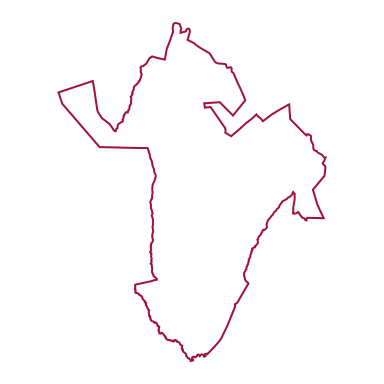 outline of Narok North, Rift Valley, Kenya
{"feature_id": "3690345B19794245895997", "entity_name": "Narok North", "entity_type": "district", "adm_level": 2, "iso_a3": "KEN", "parent_name": "Kenya", "parent_adm1": "Rift Valley", "projection": "robinson", "projection_center": [35.859, -0.842], "detail": "fine", "context": "isolated", "style": "outline", "palette": "rose", "viewbox_px": 384, "rotation_deg": 0, "n_neighbors": 0, "source": "geoboundaries", "source_scale": "gbopen_adm2", "svg_char_len": 6026}
<svg xmlns="http://www.w3.org/2000/svg" viewBox="0 0 384 384"><path d="M289.2,104.4L287.6,105.1L285.8,106.3L280.5,109.2L271.9,114.4L262.9,121.2L261.0,118.8L257.3,115.7L256.4,114.4L252.0,118.6L246.8,122.5L238.1,130.4L231.2,136.2L225.3,132.7L225.6,129.9L224.9,127.7L210.6,107.1L204.9,107.6L204.2,103.3L219.7,102.2L233.0,115.5L245.3,100.3L243.2,94.9L239.5,86.6L237.7,83.0L233.5,73.1L232.0,72.0L231.7,71.0L231.5,69.3L231.7,68.3L230.6,67.2L227.9,67.9L227.1,67.7L226.5,66.8L225.9,64.5L224.9,64.0L217.9,63.4L215.2,62.2L211.5,56.4L211.2,55.5L210.3,54.6L209.4,53.2L199.5,47.4L195.3,44.4L194.3,43.3L187.6,39.9L190.0,31.4L189.2,28.9L187.4,28.7L186.6,29.5L185.9,31.4L180.6,32.8L180.6,31.4L181.2,28.4L179.6,24.0L176.8,23.2L175.4,23.0L173.8,23.6L173.3,24.8L172.6,28.4L173.1,31.0L173.0,32.0L169.8,41.1L166.7,49.1L164.8,59.6L156.6,57.8L152.1,56.4L150.5,57.7L149.8,57.8L147.9,60.7L147.2,62.3L145.7,64.2L144.2,65.1L143.4,66.0L141.0,66.5L140.8,66.8L140.5,67.9L140.8,68.9L140.8,72.2L141.4,73.8L141.8,74.2L141.2,75.7L141.1,77.0L140.2,78.9L139.8,80.5L138.7,81.2L138.6,82.2L138.0,83.0L136.5,84.3L135.7,85.4L134.6,85.8L133.8,87.6L133.8,89.0L132.2,92.5L132.5,93.0L132.2,93.2L132.4,94.2L131.2,96.4L130.7,96.6L130.8,97.2L131.4,98.6L131.0,100.6L131.1,103.6L130.0,105.3L129.4,106.9L129.4,109.2L128.2,110.3L128.0,111.8L127.7,112.5L126.9,112.1L125.8,112.3L125.0,113.9L124.6,114.1L124.2,114.8L124.2,115.7L123.4,116.1L123.6,117.2L123.4,118.4L122.5,119.8L122.9,120.5L122.7,121.4L122.5,121.7L120.9,122.3L119.5,123.4L118.6,123.8L117.8,125.2L117.4,128.3L116.6,128.6L116.0,129.5L115.7,131.2L115.3,131.3L114.0,130.6L112.0,127.3L109.0,123.5L101.8,118.1L97.7,111.6L97.1,109.0L94.3,89.7L92.8,81.0L58.5,92.4L62.3,103.8L99.6,147.1L144.1,148.1L147.2,147.9L147.9,148.4L148.3,150.4L148.8,151.2L148.8,152.5L149.7,153.9L149.8,155.8L150.4,158.4L151.3,160.0L152.2,163.0L152.5,165.5L154.0,169.3L154.3,172.2L155.3,174.0L155.8,175.9L155.5,177.7L154.9,178.6L154.6,180.5L153.0,183.9L152.5,185.4L152.5,186.4L152.3,186.8L152.3,191.0L152.7,192.2L152.1,195.2L152.1,198.6L151.7,198.8L151.1,199.8L150.2,202.4L150.8,203.9L151.0,205.7L150.8,206.9L151.1,208.7L151.8,210.3L152.6,213.3L151.7,215.7L152.7,218.2L153.1,221.8L153.0,224.8L152.5,226.6L153.2,231.1L152.1,235.4L152.5,236.1L152.2,237.0L152.8,239.4L152.9,240.8L152.2,242.5L151.3,243.2L150.8,245.5L151.0,245.8L151.0,246.9L150.6,247.6L151.2,249.7L150.6,251.7L150.1,252.0L150.5,252.7L151.4,253.2L151.4,253.8L151.1,254.1L151.4,255.3L151.0,256.6L151.7,258.5L151.2,260.7L151.7,261.3L151.2,262.6L151.4,263.5L150.8,263.8L151.6,264.7L152.0,266.1L151.9,267.5L152.2,268.5L151.9,272.0L152.6,273.0L152.8,274.4L153.6,275.1L153.6,276.2L154.7,277.1L155.3,277.3L156.3,278.3L157.0,279.6L156.6,279.9L154.5,280.1L151.6,281.1L135.4,284.6L135.2,284.8L135.1,285.4L135.3,288.6L135.0,288.8L135.0,289.3L135.4,289.6L135.7,291.0L135.4,291.4L135.3,292.5L136.2,293.1L136.6,293.0L138.3,293.5L139.4,294.9L139.8,294.9L141.0,296.0L141.4,296.0L142.1,296.9L142.3,297.3L142.3,298.2L143.0,299.4L143.5,299.7L144.5,301.1L144.9,301.2L144.8,302.4L145.7,302.5L146.2,303.0L145.9,304.1L146.0,304.6L145.8,305.0L146.4,305.6L148.5,310.1L148.8,309.9L149.1,310.1L148.7,312.5L149.1,313.8L149.0,315.5L150.2,316.2L150.2,316.9L149.8,316.7L149.6,317.1L150.7,318.7L150.8,319.2L150.5,319.5L151.2,320.7L154.2,322.0L154.2,322.6L154.6,322.9L155.5,322.6L156.4,322.8L156.8,324.0L157.6,325.1L157.5,326.0L157.8,326.3L158.6,326.2L159.3,326.8L158.7,328.4L159.1,329.6L158.4,330.3L158.6,331.1L159.4,332.0L159.3,333.3L159.9,333.2L160.7,333.6L161.9,332.7L162.7,333.4L164.7,336.0L165.3,336.4L165.2,337.0L165.4,337.4L165.7,337.1L166.0,337.5L166.3,338.9L167.8,340.0L169.4,339.9L169.6,340.4L170.7,340.3L172.1,341.1L172.7,340.6L173.1,340.7L173.1,341.3L173.5,341.5L174.3,341.1L174.5,340.3L175.2,339.9L175.5,340.0L175.8,340.6L176.7,340.7L177.0,341.7L179.2,342.4L180.4,344.7L182.0,345.6L182.1,347.1L181.7,348.1L182.3,348.6L182.1,349.7L183.0,350.0L182.9,351.3L185.9,353.9L185.9,354.3L186.2,354.5L186.1,355.9L187.1,356.7L187.8,358.1L188.1,358.3L188.8,358.2L189.5,359.1L190.1,359.5L190.5,360.0L190.7,361.0L191.4,360.7L192.6,360.7L193.2,360.1L193.0,359.4L192.1,359.1L192.0,358.7L192.1,357.8L193.0,356.9L193.5,356.6L194.8,357.2L195.6,357.2L196.8,356.4L197.0,355.3L198.1,354.5L198.8,354.7L199.7,356.3L200.0,356.2L200.4,355.1L201.7,354.3L203.1,354.8L203.5,355.3L203.9,356.6L204.3,356.7L205.4,356.1L205.6,355.6L205.3,355.2L204.5,354.7L204.7,354.2L206.8,353.6L207.4,354.1L214.7,346.5L220.0,340.3L221.4,338.0L227.2,326.1L234.8,307.4L235.1,307.0L234.9,304.2L236.6,303.3L237.5,302.3L248.4,283.5L247.6,282.3L246.7,281.8L245.0,279.6L244.5,276.1L244.0,275.8L244.2,272.6L245.4,271.0L245.4,270.6L245.8,269.7L246.4,269.2L246.6,266.8L247.1,266.4L247.6,264.5L248.1,264.1L248.3,262.1L248.9,261.3L248.7,259.3L250.0,257.7L250.5,254.9L251.0,253.4L251.5,252.7L251.3,251.8L252.3,250.5L252.4,249.7L251.9,249.5L252.0,249.0L252.5,248.3L253.5,247.7L254.8,247.4L255.2,246.7L255.0,246.1L256.1,245.4L257.5,243.6L257.9,242.8L257.8,241.0L257.4,239.6L258.0,239.1L258.3,237.5L258.9,236.5L261.0,234.3L261.6,232.4L262.4,231.8L262.4,231.3L263.2,229.8L264.6,229.9L266.4,228.3L266.9,226.9L266.7,225.4L266.8,223.4L268.0,220.2L270.7,217.1L271.4,215.9L272.7,214.8L274.2,212.1L276.0,210.8L276.9,209.0L277.9,208.4L278.7,207.6L279.7,205.3L282.5,201.3L286.7,199.1L287.8,197.8L290.0,196.7L292.2,194.5L292.6,193.3L292.6,192.6L293.2,192.0L294.8,194.1L294.5,195.5L294.8,197.3L294.4,201.0L293.2,207.3L293.4,211.3L292.9,212.9L293.2,213.7L296.6,213.2L298.1,212.0L298.5,212.2L300.0,214.9L301.8,216.9L301.9,217.5L303.8,218.1L305.2,219.5L305.6,220.3L306.1,220.4L306.5,220.4L306.4,218.7L307.2,217.8L323.7,218.2L317.5,205.0L312.9,189.7L324.5,175.8L325.5,167.1L325.1,166.7L325.1,166.1L323.1,164.1L322.7,163.1L324.5,160.3L324.9,158.9L325.5,157.5L324.4,157.6L322.7,155.9L322.1,154.9L317.7,152.5L316.7,151.0L315.7,150.9L315.0,150.4L314.6,150.4L314.0,149.8L313.3,148.5L313.3,145.3L312.9,144.1L311.3,141.1L311.0,140.1L310.8,138.7L311.2,137.3L310.8,135.7L308.1,134.2L307.0,134.3L306.6,135.4L305.2,134.4L290.2,119.1L289.2,104.4Z" fill="none" stroke="#9f1239" stroke-width="2"/></svg>